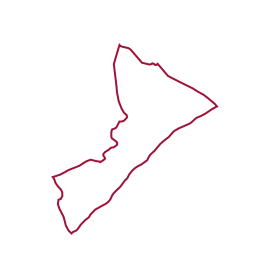 outline of Ras Al Ain, Hasaka (Al Haksa), Syria, rotated 161°
{"feature_id": "27442178B16567144851356", "entity_name": "Ras Al Ain", "entity_type": "district", "adm_level": 2, "iso_a3": "SYR", "parent_name": "Syria", "parent_adm1": "Hasaka (Al Haksa)", "projection": "albers", "projection_center": [39.989, 36.654], "detail": "fine", "context": "isolated", "style": "outline", "palette": "rose", "viewbox_px": 256, "rotation_deg": 161, "n_neighbors": 0, "source": "geoboundaries", "source_scale": "gbopen_adm2", "svg_char_len": 2950}
<svg xmlns="http://www.w3.org/2000/svg" viewBox="0 0 256 256"><g transform="rotate(161 128 128)"><path d="M215.1,106.1L215.0,105.8L214.4,103.5L214.4,99.7L213.4,96.0L211.5,91.6L211.1,88.5L211.7,86.7L212.2,85.1L214.7,82.8L217.0,82.8L218.2,80.6L219.1,78.8L219.1,73.9L218.2,67.7L217.8,64.9L218.0,62.2L218.5,56.3L217.9,52.0L217.6,50.5L217.3,49.8L215.7,46.7L215.4,46.9L214.1,47.4L213.7,47.6L210.9,47.8L209.0,48.5L206.6,50.1L206.3,50.3L204.8,51.5L204.3,51.9L200.2,53.9L198.7,54.8L194.9,56.0L194.0,56.4L191.2,58.7L186.0,61.3L184.1,61.8L179.9,62.5L179.7,62.6L174.0,63.5L171.1,64.4L170.6,64.6L168.1,66.2L167.9,66.3L166.7,67.5L165.5,68.8L164.8,69.5L163.2,70.7L162.1,71.3L161.6,71.6L160.8,72.0L160.2,72.3L158.9,72.9L156.7,73.9L155.7,74.3L154.7,74.8L150.2,77.8L147.8,79.5L145.2,80.6L144.6,81.1L142.1,83.6L141.3,84.1L139.8,85.1L139.6,85.2L139.1,85.5L137.8,86.4L137.4,86.5L134.1,87.9L133.9,88.0L133.2,88.1L132.6,88.3L130.7,88.7L127.0,89.2L124.7,89.9L122.2,90.7L120.5,91.2L119.7,91.8L119.5,92.0L119.4,92.1L118.4,93.3L117.6,93.9L116.7,94.7L115.4,95.6L113.1,96.6L112.0,97.1L110.8,97.6L110.6,97.6L110.3,97.8L109.2,98.5L108.0,99.2L107.8,99.3L106.6,100.1L102.7,102.4L100.3,103.4L97.8,104.4L92.3,106.2L90.5,107.3L89.2,108.0L88.6,108.4L87.4,109.1L86.3,109.6L85.3,110.1L83.9,110.4L82.7,110.6L81.8,110.8L80.4,111.1L68.3,112.1L67.6,112.3L66.7,112.5L64.1,113.6L62.0,114.5L61.2,114.8L60.9,114.9L59.9,115.3L58.5,115.4L55.5,115.6L54.4,115.7L52.8,116.0L52.2,116.1L50.6,116.3L50.2,116.4L45.3,117.7L42.9,118.4L40.1,118.9L37.2,119.4L36.9,119.4L38.1,122.6L42.5,129.9L45.5,134.5L50.1,139.6L54.1,144.6L60.6,151.1L64.1,154.7L69.2,159.9L73.3,164.3L79.1,179.1L79.3,179.0L79.3,178.9L79.5,178.8L79.6,178.7L79.8,178.6L80.0,178.6L80.3,178.5L80.5,178.5L80.8,178.5L81.0,178.5L81.3,178.6L81.5,178.7L81.5,178.8L81.8,178.9L81.8,179.0L82.0,179.1L82.0,179.3L82.1,179.5L82.3,179.7L82.3,179.8L82.5,180.0L82.8,180.3L83.0,180.5L83.3,180.6L83.5,180.7L83.6,180.8L83.8,180.8L84.0,180.9L84.3,180.9L84.5,180.9L84.5,181.0L84.7,180.9L84.8,180.9L85.0,180.9L85.3,180.9L85.5,180.8L85.8,180.8L86.0,180.8L86.3,180.9L86.5,180.9L86.6,181.0L86.8,181.0L87.0,181.1L87.3,181.2L87.4,181.3L87.5,181.3L92.8,184.7L93.3,185.0L93.5,185.1L100.0,201.3L101.6,203.4L106.6,206.5L108.3,207.8L109.0,209.3L110.0,207.9L110.6,207.1L118.2,196.4L118.6,195.8L120.6,193.0L124.8,173.5L125.2,171.7L126.2,167.7L126.8,165.3L127.8,158.2L128.1,155.9L128.0,154.4L127.7,148.0L126.8,143.8L125.0,140.4L125.6,138.2L129.3,136.2L131.9,136.2L134.0,136.9L134.4,136.5L136.1,134.9L138.4,132.7L138.9,132.3L140.9,131.8L143.5,131.8L144.6,130.3L145.0,129.7L146.5,125.6L146.7,123.6L144.0,119.8L143.0,117.6L143.9,115.6L147.7,114.4L150.5,114.9L153.0,113.8L153.6,113.6L154.6,113.4L157.6,112.7L159.9,111.3L160.3,110.1L159.7,108.0L159.6,106.7L160.1,106.2L161.9,105.6L162.2,105.5L162.5,105.4L165.5,104.8L165.8,105.5L168.6,106.9L171.8,109.0L173.8,110.2L178.8,110.0L186.4,108.1L197.7,107.6L206.9,106.0L215.1,106.1Z" fill="none" stroke="#9f1239" stroke-width="2"/></g></svg>